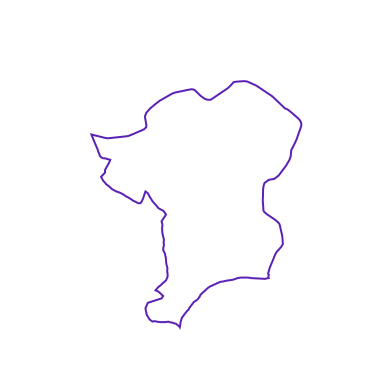 outline of Sardauna, Taraba, Nigeria, rotated 220°
{"feature_id": "59680162B82734256395858", "entity_name": "Sardauna", "entity_type": "district", "adm_level": 2, "iso_a3": "NGA", "parent_name": "Nigeria", "parent_adm1": "Taraba", "projection": "orthographic", "projection_center": [11.214, 6.896], "detail": "fine", "context": "isolated", "style": "outline", "palette": "violet", "viewbox_px": 384, "rotation_deg": 220, "n_neighbors": 0, "source": "geoboundaries", "source_scale": "gbopen_adm2", "svg_char_len": 3044}
<svg xmlns="http://www.w3.org/2000/svg" viewBox="0 0 384 384"><g transform="rotate(220 192 192)"><path d="M114.4,80.5L115.4,82.3L117.4,85.5L118.9,89.2L119.0,91.5L119.2,93.8L119.3,97.5L119.0,99.9L119.5,101.3L119.5,101.7L119.6,103.1L119.7,105.5L119.9,108.7L118.7,113.0L118.8,116.2L119.4,119.0L119.1,121.8L118.7,124.2L118.4,127.0L118.1,128.9L117.3,131.7L116.4,133.1L116.0,134.5L114.8,136.5L114.4,137.9L113.5,139.3L112.7,141.2L111.8,142.2L110.5,143.6L108.4,146.5L107.0,148.0L104.4,150.9L103.4,152.5L103.2,152.8L101.5,155.7L99.3,158.1L98.0,159.1L95.8,161.1L93.1,163.1L91.3,164.1L88.9,165.9L80.1,172.5L78.6,174.7L78.0,175.3L78.7,175.6L79.9,178.0L81.2,178.3L83.5,183.3L84.0,184.7L86.6,193.0L87.9,197.0L88.6,199.9L88.4,207.3L88.9,210.5L94.3,216.1L103.8,223.3L105.1,223.9L108.5,224.2L112.0,224.0L120.2,223.1L123.9,223.2L125.4,223.7L127.2,225.7L131.9,230.5L133.6,232.6L135.4,235.0L138.1,238.3L139.3,239.8L140.5,241.8L141.2,242.9L142.2,245.5L141.1,250.5L137.4,254.9L136.2,260.4L136.9,272.8L138.0,279.3L139.5,283.1L141.9,286.5L142.8,287.6L143.8,292.1L144.7,295.7L144.9,296.5L145.7,299.4L149.7,310.1L150.8,312.7L151.5,313.9L153.5,315.5L154.8,316.1L157.9,316.7L168.8,316.8L171.6,316.7L173.1,316.4L174.3,315.8L177.5,316.0L190.3,316.8L191.7,316.9L193.3,316.8L211.3,314.8L219.8,312.4L221.1,311.9L223.4,310.4L224.3,309.5L229.0,305.0L230.7,303.0L230.8,299.3L231.1,296.2L231.3,294.5L236.7,275.6L237.3,274.3L239.4,272.7L242.0,271.6L246.9,271.2L255.4,271.8L256.9,271.4L258.0,270.7L259.0,269.8L263.7,263.9L268.9,257.3L269.6,256.2L270.7,253.9L270.8,253.7L275.3,241.4L275.7,239.9L276.7,235.3L277.8,228.9L277.9,223.3L277.0,220.6L276.4,219.4L271.4,215.1L271.0,214.8L270.3,214.3L268.7,212.2L269.1,209.0L275.4,196.5L277.0,193.7L277.5,193.1L290.9,179.1L293.1,177.7L306.0,171.4L305.7,171.2L297.1,166.7L291.2,163.7L290.4,163.3L289.6,162.5L287.7,161.7L285.8,160.4L283.6,160.2L282.0,160.6L280.0,162.0L275.3,164.1L274.4,161.4L272.8,153.0L271.1,150.9L271.4,145.2L269.5,144.4L267.2,143.5L264.4,143.2L263.0,142.8L260.7,142.9L257.5,143.0L255.7,142.7L252.9,143.2L250.2,143.8L247.5,144.9L245.3,145.5L242.5,146.1L240.7,146.1L237.5,146.8L233.4,147.4L231.6,147.5L229.4,148.1L227.1,148.6L225.3,149.2L224.2,150.8L225.1,155.1L228.0,162.5L225.2,162.7L221.5,161.2L216.2,159.5L213.4,159.1L211.4,158.8L210.3,158.6L207.3,158.0L201.6,159.2L197.4,158.0L196.5,150.0L194.1,148.3L193.1,147.4L192.1,145.6L191.7,145.1L189.7,142.9L187.8,141.1L185.4,139.3L183.0,137.6L181.1,134.9L179.2,133.1L178.1,130.8L176.7,129.0L172.9,127.3L171.5,126.0L170.1,125.1L168.2,123.3L166.2,121.1L163.9,119.3L162.0,118.0L160.0,115.3L157.6,113.1L156.2,111.3L155.1,107.6L155.8,103.4L156.1,100.1L156.5,98.7L156.8,96.3L156.7,94.5L156.7,93.2L154.7,93.9L152.6,94.1L147.2,93.8L146.9,91.0L154.6,78.7L153.5,75.0L153.0,73.2L151.1,71.4L149.2,70.1L147.7,68.8L146.3,68.4L144.9,67.9L142.6,67.1L140.8,67.2L139.0,67.3L137.6,69.1L135.4,70.2L133.7,71.3L132.3,72.2L130.6,73.7L129.2,74.7L128.4,75.7L126.6,77.6L124.8,78.2L123.5,79.2L121.7,79.7L119.9,80.7L118.1,80.8L115.8,80.9L114.4,80.5Z" fill="none" stroke="#5b21b6" stroke-width="2"/></g></svg>